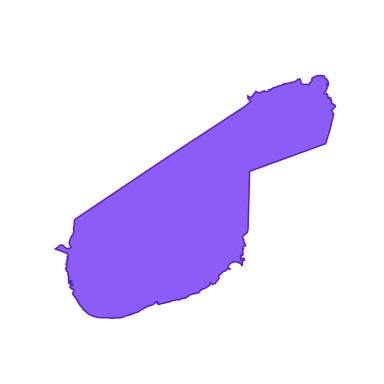 Fataleka, Malaita, Solomon Islands, rotated 104°
{"feature_id": "97153195B6337807626421", "entity_name": "Fataleka", "entity_type": "district", "adm_level": 2, "iso_a3": "SLB", "parent_name": "Solomon Islands", "parent_adm1": "Malaita", "projection": "natural_earth1", "projection_center": [160.885, -8.602], "detail": "fine", "context": "isolated", "style": "filled", "palette": "violet", "viewbox_px": 384, "rotation_deg": 104, "n_neighbors": 0, "source": "geoboundaries", "source_scale": "gbopen_adm2", "svg_char_len": 5926}
<svg xmlns="http://www.w3.org/2000/svg" viewBox="0 0 384 384"><g transform="rotate(104 192 192)"><path d="M47.5,92.3L47.8,93.8L47.6,94.4L47.8,95.4L48.2,96.2L48.4,97.6L49.5,99.7L50.0,100.1L50.1,100.5L51.3,101.5L51.4,101.9L52.1,102.6L52.9,103.1L53.5,103.1L54.4,102.5L55.0,102.5L55.7,102.7L56.1,103.2L57.5,104.1L59.1,104.1L59.6,105.7L59.9,107.4L60.6,109.3L60.5,110.0L60.5,111.4L60.2,112.5L59.9,112.8L58.6,112.9L58.4,113.2L57.7,113.4L57.1,113.9L56.7,114.0L56.5,114.3L56.3,115.0L56.4,115.5L57.3,116.7L59.5,118.3L59.9,119.1L60.7,119.7L60.7,120.1L62.0,122.4L62.4,123.7L62.9,124.3L63.2,125.4L63.6,125.7L64.0,126.5L64.3,128.0L64.7,128.8L65.0,129.1L65.4,128.9L65.6,129.0L65.8,129.7L66.3,130.3L66.3,130.7L67.4,132.0L67.9,133.4L68.3,133.8L68.6,134.0L68.8,134.3L69.1,134.6L69.3,135.1L70.5,136.6L70.5,137.2L70.8,137.5L71.0,138.1L71.7,138.7L71.9,139.0L72.3,139.3L72.4,139.5L72.8,139.5L73.4,140.3L74.1,140.4L74.3,140.7L73.8,141.1L73.9,141.8L74.1,141.7L74.2,141.9L75.8,142.3L76.3,143.0L76.5,145.3L76.7,145.9L76.6,146.5L76.4,146.6L79.4,150.2L79.3,153.2L79.0,154.4L84.8,156.9L86.6,158.1L85.5,160.0L85.3,161.1L88.0,160.1L90.0,156.8L96.8,162.0L141.1,203.0L173.8,233.0L246.6,298.7L248.0,299.3L252.3,298.3L256.1,298.2L258.8,297.1L261.8,297.3L265.9,298.7L270.1,298.9L271.8,298.6L274.8,295.9L275.6,296.3L277.0,298.9L277.1,300.3L276.2,302.2L275.1,303.9L274.8,305.3L275.3,306.9L277.2,308.2L280.4,310.8L281.0,304.6L281.6,300.3L281.7,299.3L282.4,297.5L283.3,296.8L284.3,296.6L284.6,296.7L285.0,297.3L285.1,297.2L285.1,296.5L285.2,296.4L285.9,296.5L286.4,296.3L286.3,296.6L286.8,296.4L287.3,296.9L288.0,297.0L288.3,296.8L288.5,296.4L288.8,296.1L289.2,296.1L289.3,296.4L289.8,296.5L290.1,296.6L290.3,296.5L290.6,296.7L291.1,296.6L291.8,296.2L292.1,296.3L292.3,296.8L292.6,296.8L292.9,296.4L293.3,296.3L293.8,295.8L295.2,295.2L296.1,295.5L296.7,296.3L297.1,295.8L298.2,295.0L299.0,294.8L299.2,294.4L299.5,293.5L300.1,292.9L301.0,292.7L301.5,292.4L301.9,292.5L303.3,291.5L304.1,291.5L304.4,290.8L304.8,290.6L305.0,290.8L306.5,290.9L307.1,290.3L307.6,290.4L308.2,290.0L308.9,290.1L309.3,289.8L309.7,289.6L309.9,289.7L310.6,289.1L310.1,288.2L309.7,288.1L309.5,288.3L309.3,288.1L308.5,288.2L308.0,288.3L307.9,288.5L307.4,288.5L307.3,288.1L307.6,287.6L307.8,287.6L307.9,287.3L308.2,287.3L308.4,286.9L310.6,285.9L311.1,285.7L311.4,285.3L311.6,286.3L311.0,286.8L310.9,287.4L311.0,287.6L312.0,287.3L314.0,287.5L314.6,286.2L315.1,284.4L315.4,284.6L315.7,284.0L315.6,283.5L315.4,283.3L315.5,283.1L316.4,282.6L317.3,282.5L317.7,282.6L318.0,283.0L318.6,283.3L319.0,283.3L320.4,282.5L321.1,281.7L322.1,280.2L321.8,279.8L321.8,279.7L322.0,279.7L322.5,279.9L324.4,277.7L324.5,277.5L324.3,277.4L324.1,276.9L324.4,276.9L324.7,277.2L324.9,277.2L325.9,276.1L326.3,275.8L326.5,275.8L326.7,275.6L326.6,275.4L327.2,275.1L327.3,274.8L327.6,274.8L329.3,273.0L329.7,272.1L329.6,271.6L330.1,271.5L331.3,270.0L331.5,270.0L332.2,269.4L333.4,267.0L333.2,266.3L333.8,266.1L335.0,264.0L335.4,262.9L335.7,261.3L336.2,259.6L336.5,257.2L336.5,254.6L336.1,250.2L334.4,243.5L334.2,241.1L334.3,240.6L334.0,240.3L333.7,239.1L333.8,238.5L333.5,238.3L332.7,235.5L331.9,234.0L332.1,233.6L331.8,232.1L331.0,230.5L330.8,229.9L327.9,225.7L327.1,223.9L326.4,223.0L325.8,221.7L325.3,221.6L325.4,221.4L325.3,221.1L322.9,217.8L321.7,215.5L320.4,214.6L319.8,213.8L318.7,212.9L316.7,210.6L316.3,210.6L314.7,208.4L313.5,207.3L311.4,203.5L310.4,202.3L308.6,201.1L308.3,201.0L307.6,200.7L307.0,200.0L307.0,198.8L307.5,198.3L308.2,199.2L308.7,198.3L308.9,198.2L309.0,197.6L308.8,196.2L307.7,194.9L307.7,194.7L307.0,193.2L306.9,192.5L306.3,191.4L305.6,190.9L305.0,190.0L305.1,188.9L304.4,188.3L304.1,187.3L303.7,187.1L302.7,185.6L301.3,182.6L300.1,180.8L300.1,179.1L299.9,178.7L299.5,178.7L299.3,178.4L299.3,177.7L299.2,177.4L298.1,176.6L298.0,176.0L297.7,176.0L297.3,175.6L297.3,174.5L296.4,172.6L296.1,172.2L295.2,171.7L294.0,170.3L293.4,170.2L292.2,168.9L290.2,165.6L290.1,165.1L289.4,163.3L288.4,161.5L287.1,160.5L286.7,160.4L286.1,160.5L285.6,160.3L285.4,159.8L284.5,159.4L284.1,158.5L283.9,158.5L283.6,158.1L282.6,156.5L281.4,155.2L278.4,152.4L277.1,151.8L276.9,151.8L276.1,152.5L275.8,152.2L276.3,150.9L276.5,150.1L276.5,149.4L275.7,148.0L275.0,147.2L274.1,146.9L273.6,147.0L271.3,145.6L269.7,144.9L268.9,145.0L267.9,145.4L266.6,145.6L266.4,145.9L266.0,145.5L265.8,145.1L265.6,144.9L265.3,144.9L264.5,144.1L263.7,144.0L263.3,143.5L263.0,143.5L262.4,143.0L261.6,142.9L261.4,142.6L261.6,142.4L261.6,142.1L261.4,141.9L260.7,140.7L259.5,139.9L259.2,139.9L258.9,139.7L258.4,138.5L257.6,138.4L257.1,137.8L257.7,136.6L257.4,136.4L257.2,136.5L256.9,138.5L255.4,139.0L252.6,138.0L251.4,136.9L249.9,135.0L249.5,133.9L249.0,131.1L249.2,129.5L250.0,127.7L250.3,126.2L250.8,126.1L251.3,125.8L250.7,125.3L248.9,126.2L247.7,125.9L246.8,126.5L245.1,124.6L244.3,124.9L243.8,126.1L244.6,127.1L245.8,128.2L244.2,129.0L243.3,128.3L242.4,129.6L241.3,129.3L241.5,128.5L241.2,127.5L240.2,127.5L238.5,127.8L236.5,128.8L235.1,128.1L234.8,128.3L234.8,128.9L234.4,129.6L233.4,129.3L232.2,128.7L231.8,127.4L231.2,127.0L230.7,127.3L229.7,128.7L228.8,128.4L228.5,129.1L227.8,129.6L226.7,130.1L225.7,130.3L224.9,131.2L223.9,131.8L222.8,132.0L221.7,131.6L221.0,130.7L220.2,130.2L219.4,130.1L218.8,129.1L218.0,128.7L216.7,128.5L215.5,128.7L214.6,128.6L158.0,141.1L112.7,74.0L98.0,73.2L82.2,73.4L79.9,75.5L78.8,76.3L74.3,73.5L73.4,73.7L73.2,74.1L73.1,75.2L71.8,78.2L71.3,78.4L70.8,78.2L70.6,78.6L70.3,78.9L70.0,78.9L69.7,79.2L69.6,79.7L69.3,79.6L68.9,79.2L68.6,79.5L68.3,80.1L67.6,79.9L67.2,80.5L67.3,81.4L68.0,82.5L67.6,82.8L67.0,82.9L66.7,83.6L66.4,83.9L66.0,83.3L64.6,84.3L64.0,85.1L65.0,86.5L64.4,87.3L63.5,87.6L62.5,87.1L61.8,86.5L61.6,86.8L61.2,86.9L59.3,86.0L57.1,86.4L56.9,85.9L56.7,85.9L56.2,86.5L55.6,86.4L55.4,85.7L55.1,85.6L55.0,86.5L54.7,87.2L53.9,85.8L52.1,86.6L51.4,87.1L51.3,87.8L50.3,88.2L49.7,89.1L49.6,89.6L49.8,90.0L49.6,90.7L49.0,91.1L47.8,91.1L47.5,92.3Z" fill="#8b5cf6" stroke="#5b21b6" stroke-width="1.5"/></g></svg>